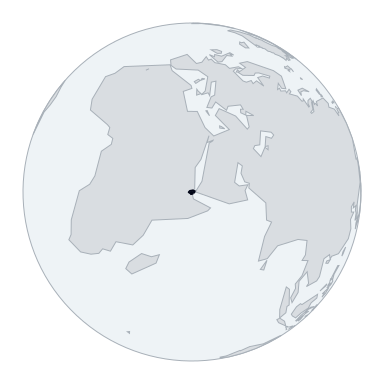 the Earth from above Djibouti, rotated 43°
{"feature_id": "DJI", "entity_name": "Djibouti", "entity_type": "country or territory", "adm_level": 0, "iso_a3": "DJI", "parent_name": "Africa", "parent_adm1": "", "projection": "orthographic", "projection_center": [42.635, 11.825], "detail": "fine", "context": "on_globe", "style": "filled", "palette": "ink", "viewbox_px": 384, "rotation_deg": 43, "n_neighbors": 0, "source": "natural_earth", "source_scale": "50m", "svg_char_len": 9003}
<svg xmlns="http://www.w3.org/2000/svg" viewBox="0 0 384 384"><g transform="rotate(43 192 192)"><circle cx="192" cy="192" r="169" fill="#eef3f6" stroke="#a8b0b8"/><path d="M116.4,40.9L116.2,41.0L116.4,40.9ZM108.9,44.9L112.1,43.2L101.3,49.6L92.0,56.4L89.4,58.3L86.6,60.0L87.5,59.2L97.9,51.6L108.9,44.9ZM77.8,67.5L77.2,68.0L77.8,67.5ZM23.1,196.6L24.7,204.7L27.6,215.0L28.9,225.1L29.3,234.5L36.3,257.4L36.6,258.3L32.1,246.5L28.4,234.3L25.7,221.9L23.9,209.3L23.1,196.6ZM160.5,26.0L157.7,26.6L157.3,26.6L160.5,26.0ZM148.3,29.1L149.8,28.5L152.4,27.9L148.3,29.1ZM161.3,25.9L162.2,25.7L163.4,25.5L163.7,25.5L161.3,25.9ZM174.0,24.0L173.4,24.1L174.0,24.0ZM167.6,24.9L160.7,26.1L157.3,27.0L154.9,27.5L160.8,26.0L167.6,24.9ZM166.5,25.0L169.2,24.6L167.6,24.9L165.4,25.2L165.2,25.2L166.5,25.0ZM179.4,23.5L178.9,23.5L179.2,23.5L179.4,23.5ZM167.0,25.1L168.7,24.8L167.0,25.1L167.0,25.1ZM175.8,23.9L176.3,23.8L177.5,23.7L175.8,23.9ZM171.6,24.5L169.4,24.8L169.1,24.8L171.6,24.5ZM173.9,24.2L175.4,24.0L170.4,24.6L173.9,24.1L173.9,24.2ZM176.9,23.8L177.7,23.7L176.5,23.8L176.9,23.8ZM173.9,24.8L167.5,25.5L166.9,25.2L173.2,24.6L173.9,24.8ZM273.0,43.7L277.7,47.2L289.5,56.1L290.1,55.3L294.3,58.0L308.2,70.1L321.4,88.6L327.1,94.5L330.0,98.7L330.6,101.7L326.4,95.5L323.7,93.7L321.2,90.1L320.8,93.6L317.3,88.6L318.7,94.2L322.3,98.0L324.0,96.3L326.7,104.0L333.3,110.6L338.2,119.6L341.2,137.2L338.0,143.7L338.7,146.8L335.3,144.0L334.0,150.8L342.9,166.9L343.8,172.0L340.2,183.1L339.6,179.3L330.6,171.8L331.2,184.3L338.1,193.1L340.6,204.7L336.3,202.0L333.5,191.9L330.3,188.9L329.5,178.1L323.6,163.1L319.2,167.0L317.9,160.7L309.2,149.0L301.9,154.4L291.3,173.0L292.5,189.4L287.7,197.2L275.4,175.0L270.7,159.7L265.7,161.7L253.4,149.6L230.8,150.3L228.0,146.5L223.7,148.6L215.1,144.9L211.0,138.6L205.6,139.2L216.6,155.9L222.4,155.4L227.9,148.6L229.8,154.7L238.1,159.8L227.3,175.3L194.4,189.6L192.0,177.4L171.2,144.5L172.3,140.8L172.3,140.4L172.1,139.7L169.3,145.6L166.0,139.2L176.3,162.0L177.6,171.9L194.0,190.3L192.2,192.3L197.7,196.1L216.4,191.0L216.3,195.1L207.0,214.2L181.9,239.9L185.8,256.9L184.8,271.1L170.3,280.2L172.7,290.9L165.4,294.5L165.7,300.4L160.5,306.4L151.4,311.8L134.5,310.9L132.6,305.6L122.7,294.7L108.7,267.9L111.9,256.1L110.0,246.5L97.9,224.0L100.5,212.2L97.5,206.8L91.2,207.4L87.9,200.9L84.2,200.4L61.8,201.3L55.7,192.3L50.1,166.6L54.7,157.7L56.8,146.6L89.2,113.9L94.7,116.8L118.6,114.7L121.3,116.3L117.0,124.4L133.7,136.1L140.9,129.5L157.6,136.0L169.7,136.2L176.7,120.9L156.9,120.1L155.0,112.5L172.1,106.7L189.6,108.3L189.4,105.4L179.6,98.8L185.0,94.0L176.4,96.2L178.9,99.1L173.6,100.8L171.0,98.4L173.0,96.6L168.1,95.2L159.9,104.7L161.5,108.7L147.9,110.0L149.3,117.0L145.2,120.0L141.1,109.4L142.5,105.7L133.9,94.6L131.2,98.5L139.2,109.5L136.1,108.5L132.5,114.6L132.8,109.2L124.9,96.9L113.4,98.6L96.5,112.9L90.3,113.7L86.2,110.0L94.6,94.7L107.6,95.0L110.7,90.4L110.1,83.3L114.1,84.3L115.4,81.7L120.5,81.8L129.6,76.2L135.1,76.0L140.6,68.7L144.1,67.8L139.9,72.2L139.8,75.5L153.6,76.0L156.9,74.6L159.3,70.1L162.8,71.1L163.4,66.7L172.3,65.6L162.0,63.5L164.6,59.0L170.9,55.9L169.9,54.2L159.6,59.4L157.1,61.9L157.9,64.5L149.6,72.0L144.4,73.0L146.2,64.4L139.0,65.3L143.5,58.9L168.8,47.7L178.4,46.3L190.2,52.5L186.9,55.0L181.0,53.7L184.7,58.7L185.2,56.4L188.1,57.6L191.4,54.2L193.6,54.9L192.9,50.7L195.9,51.2L196.3,53.8L203.7,50.0L210.6,50.6L211.2,49.5L209.9,48.1L219.5,50.2L219.5,49.3L216.4,48.2L214.4,45.9L214.6,42.8L217.9,43.7L218.3,44.9L224.1,49.1L224.5,52.8L225.9,52.9L226.3,50.0L219.3,44.7L218.4,42.7L222.3,44.8L220.8,43.8L221.5,43.1L225.2,43.4L221.2,41.0L223.7,33.9L231.2,34.3L234.3,36.6L239.6,34.3L247.6,36.1L244.7,34.9L245.2,33.8L242.7,33.2L241.4,32.6L241.6,30.7L244.2,31.4L242.5,30.8L258.1,36.5L273.0,43.7ZM76.5,131.2L75.2,134.4L76.5,131.2ZM207.3,118.4L218.3,119.1L214.8,109.5L218.8,109.2L216.1,106.3L214.5,108.9L208.2,101.1L213.5,98.5L212.9,94.6L209.1,94.3L200.5,100.5L209.4,111.3L206.3,115.2L207.3,118.4ZM80.8,65.5L76.6,69.4L79.2,66.8L77.7,68.0L81.2,64.4L88.3,59.2L84.4,62.0L80.8,65.5ZM117.8,69.0L118.8,70.6L115.9,73.4L109.0,75.0L113.2,70.9L117.8,69.0ZM121.0,72.5L124.7,64.3L129.1,63.4L126.0,65.2L128.6,65.4L124.3,68.5L125.0,76.2L122.4,79.3L111.0,79.7L116.2,77.7L114.8,76.0L121.0,72.5ZM126.2,49.3L127.8,47.0L135.3,47.9L132.9,50.1L125.9,51.4L124.6,49.7L126.2,49.3ZM134.7,33.1L134.8,33.0L136.1,32.5L137.1,32.2L134.7,33.1ZM129.3,35.1L129.2,35.1L133.0,33.7L135.3,32.9L143.2,30.3L145.9,29.4L154.8,27.2L155.9,27.0L155.1,27.2L152.3,27.8L153.2,27.7L148.5,28.8L148.8,28.9L135.4,33.3L134.9,33.3L127.7,36.5L123.6,38.0L128.4,35.7L119.8,39.5L122.4,38.1L116.7,40.8L125.7,36.6L129.3,35.1ZM172.9,29.9L169.9,29.4L171.1,31.6L166.4,31.8L166.8,32.0L162.8,32.9L158.7,34.6L156.8,34.6L156.0,35.3L153.3,36.1L151.6,37.2L147.6,37.6L145.2,39.0L144.6,38.5L141.6,40.9L142.1,39.3L138.6,40.6L140.0,41.4L122.4,43.5L114.7,46.3L108.0,49.8L109.7,47.3L117.2,42.7L126.9,38.0L134.1,35.9L133.6,35.5L136.9,34.4L135.9,35.2L139.4,33.4L141.9,32.9L150.6,30.2L154.0,28.5L157.3,27.7L157.2,28.1L160.5,27.1L162.5,27.4L164.9,27.0L169.2,27.1L167.5,28.6L170.3,28.0L173.7,28.5L172.9,29.9ZM174.9,24.9L174.0,26.0L171.0,26.9L164.8,26.3L162.3,26.7L158.2,26.9L162.7,25.8L163.4,25.8L165.2,25.5L163.1,26.0L166.1,25.5L167.3,25.6L169.9,25.3L168.9,25.7L174.9,24.9ZM125.4,113.5L127.7,114.0L131.5,113.9L129.3,118.0L125.4,113.5ZM119.8,105.2L122.0,104.8L120.7,110.0L118.4,109.7L119.8,105.2ZM124.3,100.4L122.2,104.4L121.9,102.0L124.3,100.4ZM142.0,71.8L144.5,71.4L144.4,72.5L142.5,74.1L142.0,71.8ZM175.4,38.1L174.2,37.2L175.2,36.9L175.8,34.6L179.4,34.5L180.4,35.9L175.4,38.1ZM172.8,123.4L168.7,126.3L167.1,124.8L168.8,124.1L172.8,123.4ZM147.5,122.1L152.8,124.3L146.8,123.2L147.5,122.1ZM179.4,37.6L179.2,36.6L181.1,37.3L179.4,37.6ZM182.0,34.4L184.3,34.9L179.9,34.2L182.0,34.4ZM241.5,336.6L242.7,338.0L240.0,338.3L241.5,336.6ZM214.2,268.5L203.9,293.0L195.8,293.2L193.7,286.2L197.1,271.4L206.5,267.0L210.9,260.1L214.2,268.5ZM353.9,227.5L354.9,227.6L354.7,228.4L353.9,227.5ZM353.0,225.5L354.4,225.0L352.5,227.3L353.0,225.5ZM354.9,224.9L356.3,222.6L356.9,221.1L356.6,222.7L354.9,224.9ZM351.9,226.0L344.5,228.5L341.1,227.5L342.3,224.4L347.8,223.4L351.9,226.0ZM342.0,224.4L336.3,218.0L325.7,197.1L329.6,196.7L340.1,208.4L339.5,210.9L343.0,216.3L342.0,224.4ZM354.3,205.9L353.6,213.4L349.9,214.2L348.0,213.6L346.7,204.7L347.5,199.7L349.2,199.3L353.6,181.2L355.6,184.4L354.7,191.8L356.2,197.6L354.3,205.9ZM293.4,190.8L297.7,200.1L294.8,202.0L293.4,190.8ZM353.9,169.3L353.1,177.1L353.3,167.1L353.9,169.3ZM353.1,160.3L353.9,163.7L352.5,160.7L353.1,160.3ZM340.1,151.5L338.4,152.8L337.6,150.4L339.3,147.3L340.1,151.5ZM341.9,127.4L344.7,134.3L345.3,136.7L343.2,132.8L341.9,127.4ZM209.3,38.8L204.5,41.8L203.3,44.6L206.3,46.9L200.0,45.3L201.8,40.9L209.3,38.8ZM221.6,34.3L218.9,32.7L221.4,32.9L222.4,33.3L221.6,34.3ZM219.0,33.7L213.2,32.8L212.6,31.7L217.3,32.5L219.0,33.7ZM196.2,34.3L194.5,35.1L193.1,34.5L196.2,34.3ZM331.5,287.3L325.8,294.2L325.2,293.6L328.8,288.6L335.2,275.1L335.7,275.1L339.7,265.6L347.7,254.4L354.6,236.7L355.0,236.5L350.7,249.9L345.4,262.9L339.0,275.3L331.5,287.3ZM356.1,226.8L358.0,220.2L358.4,219.3L356.1,226.8ZM360.7,200.7L360.7,200.4L360.7,200.7ZM360.9,197.0L360.8,196.0L360.9,194.6L360.9,197.0ZM359.9,204.4L359.7,206.4L359.6,205.2L359.9,204.4ZM360.2,202.9L360.5,204.2L360.1,204.6L360.2,202.9ZM357.0,198.8L357.4,203.1L358.7,199.4L357.7,204.2L358.1,211.2L357.6,214.2L357.3,206.6L356.4,215.2L355.7,215.4L355.8,208.4L356.8,199.2L357.4,195.3L359.5,192.4L357.0,198.8ZM360.4,197.3L360.2,192.2L360.3,188.6L360.5,191.1L360.4,197.3ZM358.8,180.3L357.3,174.8L356.7,177.7L357.2,168.3L358.7,175.0L358.8,180.3ZM356.4,167.6L355.9,170.2L355.9,164.8L356.4,167.6ZM355.3,168.3L354.4,164.2L355.2,164.4L355.3,168.3ZM356.8,167.5L355.6,160.5L356.6,164.4L356.8,167.5ZM352.0,155.3L355.1,161.1L352.5,159.4L348.8,146.3L349.6,145.5L352.0,155.3ZM334.2,102.5L332.0,99.2L331.7,98.2L333.3,100.7L334.2,102.5ZM329.0,93.1L331.0,96.9L332.2,100.6L333.5,101.9L336.7,107.8L333.0,102.8L329.7,96.1L329.3,94.4L326.1,89.8L323.8,86.5L319.3,81.1L317.3,78.7L321.3,83.2L329.0,93.1ZM314.9,76.0L315.4,76.6L314.7,75.9L317.4,79.0L308.8,70.0L309.6,70.7L314.9,76.0ZM307.0,68.2L306.1,67.6L291.7,56.1L288.9,54.1L300.5,62.5L300.3,62.5L303.7,65.4L307.0,68.2ZM240.0,32.3L238.3,31.6L239.9,31.8L240.0,32.3ZM234.7,29.8L234.0,30.1L233.3,29.4L234.7,29.8ZM232.9,30.9L233.1,30.0L234.9,31.4L232.9,30.9Z" fill="#d9dde1" stroke="#a8b0b8" stroke-width="1"/><path d="M193.8,193.0L193.5,193.4L193.2,193.9L192.8,194.4L192.6,194.4L192.4,194.4L192.1,194.2L191.8,194.2L191.5,194.3L191.1,194.4L190.6,194.5L190.3,194.5L190.0,194.6L189.8,194.6L189.6,194.5L189.5,193.9L189.5,193.2L189.5,192.7L189.6,192.4L190.0,191.9L190.2,191.7L190.6,191.1L191.0,190.5L191.3,190.1L191.5,189.9L191.6,190.0L192.1,190.4L192.4,190.2L192.5,189.8L192.7,189.6L193.1,189.5L193.4,189.4L193.4,189.5L193.9,190.1L194.1,190.4L194.2,190.9L194.1,191.2L194.0,191.4L193.8,191.6L193.2,192.0L192.5,192.3L192.0,192.8L191.7,192.7L191.7,192.9L191.9,193.0L192.1,192.9L192.4,192.8L192.8,192.7L193.2,192.7L193.5,192.8L193.8,193.0Z" fill="#0f172a" stroke="#020617" stroke-width="1.5"/></g></svg>